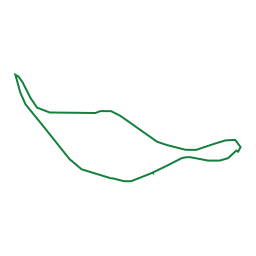 the district of Janjanbureh, Central River, Gambia
{"feature_id": "56634734B22755125769096", "entity_name": "Janjanbureh", "entity_type": "district", "adm_level": 2, "iso_a3": "GMB", "parent_name": "Gambia", "parent_adm1": "Central River", "projection": "equal_earth", "projection_center": [-14.759, 13.54], "detail": "fine", "context": "isolated", "style": "outline", "palette": "green", "viewbox_px": 256, "rotation_deg": 0, "n_neighbors": 0, "source": "geoboundaries", "source_scale": "gbopen_adm2", "svg_char_len": 725}
<svg xmlns="http://www.w3.org/2000/svg" viewBox="0 0 256 256"><path d="M238.1,151.7L238.8,150.4L240.6,147.1L235.2,139.9L225.4,140.4L214.6,143.7L196.1,149.9L185.6,149.8L166.7,145.0L157.0,141.7L120.4,115.9L117.9,114.6L111.0,111.1L100.5,111.1L98.0,112.0L95.4,113.0L49.8,112.5L37.1,107.7L30.6,98.1L22.6,82.4L18.6,76.7L15.4,74.8L15.6,75.5L20.4,92.9L21.9,96.2L25.5,104.3L36.6,118.0L36.8,118.3L39.6,121.7L46.8,130.6L69.6,159.2L72.4,161.5L81.6,169.3L110.9,178.3L113.0,178.4L115.9,179.1L124.0,181.2L130.6,181.2L131.2,181.2L152.6,172.7L153.0,173.0L153.0,172.4L166.7,165.8L181.6,158.2L186.3,157.2L190.3,157.2L207.7,160.5L208.0,160.6L219.6,160.6L228.0,158.2L236.3,150.6L238.1,151.7Z" fill="none" stroke="#15803d" stroke-width="2"/></svg>